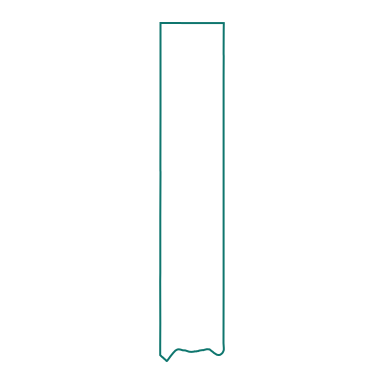 the district of San José, Petén, Guatemala
{"feature_id": "79465075B657648809250", "entity_name": "San José", "entity_type": "district", "adm_level": 2, "iso_a3": "GTM", "parent_name": "Guatemala", "parent_adm1": "Petén", "projection": "equal_earth", "projection_center": [-89.816, 17.394], "detail": "fine", "context": "isolated", "style": "outline", "palette": "teal", "viewbox_px": 384, "rotation_deg": 0, "n_neighbors": 0, "source": "geoboundaries", "source_scale": "gbopen_adm2", "svg_char_len": 1019}
<svg xmlns="http://www.w3.org/2000/svg" viewBox="0 0 384 384"><path d="M223.8,23.1L160.5,23.0L160.5,76.4L160.5,110.2L160.4,163.5L160.4,170.6L160.5,171.8L160.3,216.9L160.3,270.1L160.3,272.8L160.2,281.1L160.3,323.4L160.2,345.6L160.2,348.1L160.2,355.1L162.0,356.9L162.6,357.2L163.1,357.8L163.4,357.9L164.0,358.6L164.6,359.1L165.0,359.4L165.6,359.9L166.5,360.9L166.8,361.0L167.3,360.6L167.7,360.1L170.4,356.4L171.1,355.5L173.4,352.7L173.7,352.4L175.4,350.6L176.6,349.9L177.4,349.5L178.7,349.3L180.6,349.6L182.8,350.3L185.2,350.4L189.1,351.7L191.5,351.9L194.2,351.6L194.4,351.4L196.4,351.4L197.1,351.1L198.1,351.1L198.8,350.9L199.1,350.6L202.5,350.1L203.7,350.1L204.0,349.9L206.9,349.2L209.6,349.4L211.8,351.2L212.6,351.7L213.8,352.8L216.8,354.7L218.3,355.0L219.2,355.0L220.3,354.7L221.4,353.9L222.3,353.1L223.0,352.0L223.6,350.6L223.8,349.8L223.8,347.9L223.5,343.2L223.6,289.8L223.6,236.5L223.6,183.1L223.6,129.8L223.6,76.6L223.7,56.0L223.6,53.9L223.7,30.9L223.8,23.1Z" fill="none" stroke="#0f766e" stroke-width="2"/></svg>